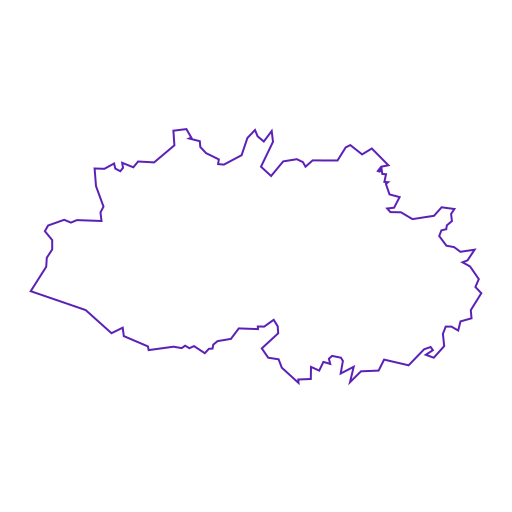 Zontecomatlán de López y Fuentes, Veracruz, Mexico
{"feature_id": "50627088B36789256479766", "entity_name": "Zontecomatlán de López y Fuentes", "entity_type": "district", "adm_level": 2, "iso_a3": "MEX", "parent_name": "Mexico", "parent_adm1": "Veracruz", "projection": "mercator", "projection_center": [-98.302, 20.736], "detail": "medium", "context": "isolated", "style": "outline", "palette": "violet", "viewbox_px": 512, "rotation_deg": 0, "n_neighbors": 0, "source": "geoboundaries", "source_scale": "gbopen_adm2", "svg_char_len": 1914}
<svg xmlns="http://www.w3.org/2000/svg" viewBox="0 0 512 512"><path d="M191.3,137.6L186.4,129.1L173.4,130.7L174.4,145.3L154.1,162.4L138.1,161.5L133.3,167.3L122.2,162.8L123.0,167.9L120.3,171.2L115.3,168.6L114.1,163.5L104.4,168.8L94.6,168.5L96.0,186.1L103.5,206.6L100.5,212.4L101.5,221.0L76.9,220.1L70.9,222.6L64.2,219.8L48.1,225.5L44.9,231.2L52.2,240.1L52.2,249.5L46.8,257.7L46.2,266.8L30.7,291.2L85.7,310.1L111.5,333.2L122.7,327.7L123.8,336.1L147.9,346.4L148.7,350.1L173.5,346.7L181.7,348.1L185.1,345.7L189.4,348.2L194.0,346.1L204.8,353.2L208.9,348.8L212.5,348.6L213.3,344.6L217.6,341.1L230.9,338.9L238.8,328.4L258.0,329.1L257.8,326.5L264.2,326.6L273.7,319.8L277.7,326.3L278.2,333.3L261.8,348.4L268.2,357.7L278.6,359.3L281.8,367.7L298.5,382.9L298.3,379.5L310.8,379.0L311.0,366.9L319.2,370.6L323.4,361.9L330.2,363.9L328.9,358.7L332.1,355.9L340.9,357.7L342.9,360.9L340.7,373.5L353.7,366.8L350.0,382.2L361.0,371.3L378.6,370.6L384.1,359.6L408.6,365.3L424.1,349.3L430.6,347.0L432.9,350.2L425.8,354.8L433.8,357.7L444.2,346.1L442.9,333.9L445.7,326.6L451.4,326.6L458.2,330.5L460.5,321.4L471.5,318.3L470.8,310.1L481.3,293.2L475.4,287.0L478.8,279.1L470.0,266.4L462.5,262.3L467.5,260.4L474.6,249.7L460.4,251.8L454.1,247.1L446.4,245.7L439.2,236.0L441.4,230.4L446.2,229.2L446.9,225.3L451.9,221.1L451.1,213.9L454.4,209.0L441.6,207.3L434.0,215.8L412.4,219.1L401.0,212.3L390.4,212.1L387.2,208.5L394.1,207.7L399.6,197.1L389.5,194.4L385.9,183.9L388.0,182.2L384.4,181.9L386.0,174.2L382.3,174.0L381.5,168.4L379.7,171.6L377.9,171.0L381.2,166.7L388.4,165.3L371.8,148.5L362.1,154.4L350.3,145.1L345.7,147.4L337.5,160.5L312.6,160.4L305.5,166.7L302.9,162.1L296.8,159.2L283.2,161.4L271.1,176.0L261.0,166.7L273.0,141.8L271.7,131.0L263.8,141.5L257.6,136.3L255.0,130.0L247.4,138.0L241.6,155.2L223.9,164.6L218.1,164.1L218.8,159.4L206.0,153.1L200.3,147.0L199.8,141.2L189.2,138.5L191.3,137.6Z" fill="none" stroke="#5b21b6" stroke-width="2"/></svg>